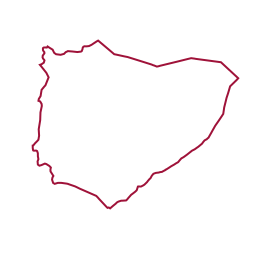 Al-Hasakeh, Hasaka (Al Haksa), Syria, rotated 281°
{"feature_id": "27442178B13029247631939", "entity_name": "Al-Hasakeh", "entity_type": "district", "adm_level": 2, "iso_a3": "SYR", "parent_name": "Syria", "parent_adm1": "Hasaka (Al Haksa)", "projection": "albers", "projection_center": [40.726, 36.168], "detail": "fine", "context": "isolated", "style": "outline", "palette": "rose", "viewbox_px": 256, "rotation_deg": 281, "n_neighbors": 0, "source": "geoboundaries", "source_scale": "gbopen_adm2", "svg_char_len": 2710}
<svg xmlns="http://www.w3.org/2000/svg" viewBox="0 0 256 256"><g transform="rotate(281 128 128)"><path d="M208.1,82.0L207.0,80.7L202.6,76.2L201.0,74.1L200.3,71.9L199.9,69.7L199.3,68.7L198.0,68.2L196.8,68.3L194.6,67.9L194.0,67.2L192.9,63.8L192.5,58.9L192.1,55.3L192.0,54.3L191.2,53.3L190.6,52.4L189.1,51.4L188.5,51.0L188.2,50.3L187.0,47.9L186.7,43.3L187.7,41.2L188.6,40.5L190.5,39.1L191.3,37.0L191.8,35.6L192.7,33.5L191.5,33.0L191.4,32.6L191.3,31.4L190.9,30.0L190.8,29.8L190.4,29.4L189.8,29.3L188.9,29.5L188.2,29.7L187.8,30.0L187.6,30.2L187.0,30.7L186.5,31.4L185.4,31.7L183.6,30.9L182.9,30.5L181.9,30.6L181.2,30.6L180.0,31.3L179.2,32.3L178.5,33.1L178.3,33.1L176.1,32.9L174.1,31.0L173.2,29.5L171.9,31.1L166.6,37.3L162.6,40.4L154.1,38.8L152.7,37.9L149.0,35.9L145.6,36.0L142.7,36.1L139.5,34.9L137.6,34.9L137.3,36.7L136.2,37.7L135.0,38.7L134.8,38.7L133.2,39.2L126.6,39.1L119.0,40.3L109.7,40.6L103.5,42.2L99.4,42.3L97.7,41.3L95.2,39.6L92.9,38.4L92.6,37.8L90.2,38.3L89.9,38.4L89.7,38.5L88.2,39.0L87.8,39.4L87.8,39.6L87.9,40.4L88.3,42.2L88.0,43.2L86.1,44.3L83.7,44.8L82.8,45.0L82.4,45.2L80.3,46.0L78.0,45.6L74.9,46.5L74.1,48.2L75.0,50.0L77.2,53.2L77.0,54.8L75.7,58.1L75.3,58.6L74.5,59.8L72.3,59.8L70.7,60.2L70.3,60.5L68.4,62.3L67.0,63.6L66.7,63.9L65.0,63.3L62.8,63.3L59.8,65.0L59.2,66.7L60.7,69.5L61.4,72.9L61.7,78.2L61.7,79.5L61.4,81.3L60.6,87.1L60.1,89.1L59.2,92.4L58.9,93.8L55.3,109.8L53.7,112.1L53.3,112.5L47.0,121.2L46.5,121.9L45.7,123.1L46.3,124.3L45.7,125.8L47.4,127.1L48.9,128.3L51.4,130.4L52.8,131.3L53.9,132.6L55.3,135.1L55.7,136.8L56.5,139.9L57.5,140.7L59.4,141.7L61.6,143.0L63.0,143.8L64.3,145.0L66.8,147.2L68.5,148.4L69.8,148.6L72.4,148.9L72.6,149.4L73.0,151.9L74.3,153.6L75.5,154.9L76.5,155.6L78.5,157.0L79.6,157.5L81.9,158.8L82.9,159.6L85.7,160.5L87.9,161.7L89.2,163.8L89.8,165.6L90.1,166.6L90.8,167.9L91.4,169.7L92.6,171.1L93.9,172.8L94.2,172.8L95.1,174.0L97.6,176.6L98.7,177.7L101.0,180.4L102.3,181.7L104.0,183.7L104.7,184.1L105.3,184.4L106.9,185.3L108.4,186.2L109.2,187.2L110.2,188.3L111.7,189.7L113.2,191.1L117.9,195.1L119.8,197.5L120.4,198.1L121.6,199.2L123.0,200.6L126.8,203.7L128.4,204.4L130.4,205.5L131.3,206.5L131.8,207.3L133.0,208.1L133.9,208.9L135.8,209.5L139.3,210.7L140.6,211.1L146.9,213.2L152.1,215.5L154.9,216.7L160.0,218.8L164.8,218.6L166.5,218.5L172.1,218.8L176.5,219.0L181.1,219.6L188.4,220.3L196.5,225.9L197.9,226.7L204.2,216.5L210.3,206.7L209.9,199.8L208.8,181.4L208.8,180.2L208.6,176.7L207.0,173.2L202.8,164.2L195.1,147.4L194.4,146.1L193.8,144.6L194.4,141.4L194.4,141.0L194.5,140.4L194.8,139.1L195.9,129.4L197.2,117.7L197.6,114.0L197.6,111.0L197.7,106.6L197.8,102.7L197.8,101.6L197.8,100.4L199.9,96.7L201.7,93.5L208.1,82.0Z" fill="none" stroke="#9f1239" stroke-width="2"/></g></svg>